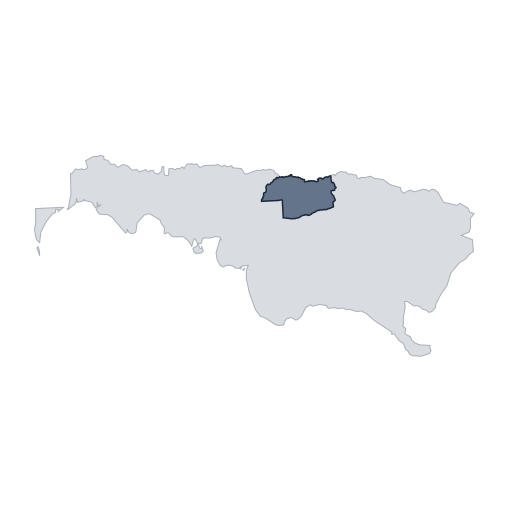 Mendoza on a map of Argentina (Natural Earth projection), rotated 87°
{"feature_id": "ARG-1275", "entity_name": "Mendoza", "entity_type": "Province", "adm_level": 1, "iso_a3": "ARG", "parent_name": "Argentina", "parent_adm1": "", "projection": "natural_earth1", "projection_center": [-68.979, -34.756], "detail": "fine", "context": "in_parent", "style": "filled", "palette": "slate", "viewbox_px": 512, "rotation_deg": 87, "n_neighbors": 0, "source": "natural_earth", "source_scale": "10m", "svg_char_len": 8871}
<svg xmlns="http://www.w3.org/2000/svg" viewBox="0 0 512 512"><g transform="rotate(87 256 256)"><path d="M319.3,148.7L316.3,154.2L316.8,157.8L313.9,166.3L314.6,168.0L312.3,172.1L312.9,176.4L311.7,180.7L312.1,186.0L311.1,187.6L309.2,188.0L307.7,195.4L309.1,202.5L307.6,203.9L310.1,209.1L318.0,213.6L321.9,218.2L321.9,220.1L319.7,223.0L319.4,225.4L320.5,228.7L322.5,230.7L326.3,232.0L326.6,236.6L325.9,239.6L318.3,250.1L316.5,254.7L309.5,259.4L291.7,264.7L277.9,266.8L270.1,266.4L264.9,264.2L265.2,270.1L267.8,271.9L266.4,272.0L267.5,273.1L266.8,277.9L265.1,278.8L263.8,282.9L263.8,286.3L265.3,289.2L263.6,292.1L257.6,295.0L250.6,295.7L237.6,291.1L238.1,290.3L237.5,290.0L235.3,291.0L234.4,295.0L235.7,301.1L235.2,306.4L236.0,308.2L240.6,310.2L240.3,312.4L241.8,312.6L245.2,312.1L245.7,310.4L243.9,309.7L248.5,308.3L250.2,310.6L250.2,316.1L249.4,317.5L245.8,318.5L244.8,318.3L242.8,314.4L241.1,313.6L236.0,315.7L235.4,316.9L242.8,319.7L237.3,322.6L232.9,327.7L232.6,337.0L231.6,339.6L228.5,342.0L228.0,343.8L229.0,344.9L228.6,346.6L222.9,346.0L218.7,348.9L215.0,349.9L208.1,360.3L209.1,365.4L216.5,372.8L226.0,374.8L227.1,377.2L226.7,380.2L225.5,381.9L222.1,383.5L225.0,383.5L226.3,385.0L209.3,398.2L207.0,402.0L206.0,409.9L204.6,411.5L201.2,413.1L198.8,411.4L197.0,408.5L197.1,410.9L193.9,411.8L197.7,411.9L199.5,413.8L194.3,416.7L192.8,419.3L192.1,422.9L190.1,425.0L191.6,424.5L193.1,431.6L189.0,432.1L194.0,433.3L199.7,441.4L199.2,442.0L199.0,441.1L184.1,437.5L164.0,437.0L164.2,435.9L159.6,431.6L160.5,428.5L159.8,425.8L160.7,423.5L160.0,420.5L158.3,419.6L151.9,421.2L148.2,413.3L148.4,409.1L147.3,406.3L148.4,402.9L151.7,402.7L152.7,399.0L156.9,396.1L156.9,392.5L159.4,390.6L160.0,388.8L157.7,384.2L159.4,379.2L163.8,375.4L163.4,370.5L165.9,368.2L164.0,361.7L166.5,359.0L165.2,357.5L165.2,354.1L167.7,353.2L169.2,349.5L166.7,346.2L162.0,345.2L161.8,343.5L170.1,343.4L171.2,340.7L170.6,339.1L164.3,338.4L164.3,334.7L165.7,332.4L164.4,330.1L164.9,327.9L163.2,324.7L164.8,323.2L160.6,320.0L160.6,314.5L161.5,313.1L160.9,310.2L164.7,307.5L162.9,302.2L163.2,292.1L162.6,289.4L164.9,285.3L163.7,282.6L165.4,280.5L164.7,275.4L166.6,274.9L168.0,266.0L172.8,263.4L173.8,261.6L170.4,250.4L170.7,246.1L170.0,244.2L170.8,241.7L170.0,238.1L171.5,233.8L174.8,232.0L175.0,230.6L178.5,227.6L178.3,220.4L176.8,216.7L178.5,215.3L179.6,209.8L182.2,204.0L184.4,203.0L183.9,196.3L184.7,190.3L181.8,189.2L182.5,185.0L181.4,183.9L180.8,179.4L178.9,175.5L178.8,173.7L179.9,172.5L177.7,171.0L176.2,167.3L176.6,163.9L176.9,161.6L179.2,160.0L178.8,158.3L180.7,151.4L183.1,151.0L184.3,148.6L183.0,147.3L183.4,143.1L182.3,137.1L184.5,134.2L186.4,124.9L191.7,118.3L195.4,108.0L198.2,107.8L201.2,105.5L198.2,98.8L200.2,94.5L198.1,85.6L198.8,82.2L200.5,80.3L198.5,76.9L199.2,74.1L202.0,70.9L212.1,66.1L216.0,52.2L214.0,49.8L219.4,41.7L223.3,40.3L225.0,36.1L230.0,40.1L238.8,40.2L243.1,41.8L246.2,49.9L250.9,39.1L263.0,38.7L265.4,42.7L270.0,47.0L273.2,53.0L283.1,62.3L295.8,66.9L303.6,73.2L312.7,78.5L317.2,79.7L320.7,83.4L321.4,86.2L319.3,88.4L317.7,92.6L315.2,94.9L314.1,97.6L314.1,100.9L309.2,107.7L309.3,110.1L314.2,109.6L325.9,112.2L331.5,112.2L333.3,113.3L336.5,110.2L341.4,111.5L344.8,106.0L348.1,105.0L351.6,101.2L353.4,96.6L354.4,86.8L356.3,87.4L359.6,86.1L362.5,88.0L364.7,96.3L363.9,104.3L362.4,107.5L358.8,109.3L356.9,111.6L351.2,113.3L348.0,117.5L341.0,122.1L341.3,124.5L339.1,124.3L327.0,140.8L319.3,148.7ZM197.1,473.6L197.3,445.8L201.2,451.2L199.3,450.9L198.7,453.5L202.0,454.1L203.5,457.4L210.5,463.5L220.8,469.6L231.2,471.4L228.2,474.4L218.0,475.9L212.0,474.3L197.1,473.6ZM235.3,473.3L238.4,472.2L244.5,472.0L236.4,474.3L235.3,473.3ZM269.4,268.7L269.2,269.9L267.4,268.0L269.4,268.7Z" fill="#d9dde1" stroke="#a8b0b8" stroke-width="1"/><path d="M182.6,190.5L182.3,189.7L182.2,189.5L181.8,189.2L181.6,189.0L181.5,188.8L181.5,188.5L181.7,187.8L181.7,187.5L181.6,187.3L181.5,187.0L181.6,186.8L181.7,186.6L182.1,186.5L182.2,186.4L182.3,186.2L182.4,185.6L182.5,185.4L182.7,185.0L182.7,184.9L182.6,184.7L182.3,184.6L182.1,184.5L181.8,184.1L181.2,183.4L181.0,183.0L180.7,181.6L180.7,181.3L180.7,181.0L180.8,180.9L181.1,180.8L181.2,180.7L181.0,180.4L180.9,180.1L181.0,179.9L180.9,179.6L180.8,179.3L180.6,179.2L180.2,178.9L180.0,178.5L180.0,177.5L179.9,177.3L180.0,177.2L181.7,177.0L182.1,177.0L182.4,177.1L182.9,177.2L185.0,176.7L186.3,176.6L186.5,176.5L186.6,176.4L186.7,176.2L186.8,176.1L186.8,175.9L186.7,175.1L186.8,175.1L186.8,174.9L186.9,174.7L187.0,174.7L187.8,174.4L188.1,174.3L188.2,174.2L188.5,174.0L188.7,173.8L189.0,173.8L189.6,173.8L190.2,173.9L190.4,173.8L190.5,173.8L190.6,173.7L190.8,173.2L191.1,173.0L191.3,172.9L191.5,172.6L191.9,172.5L192.1,172.6L192.3,172.8L192.7,173.4L192.9,173.6L193.0,173.8L193.2,174.0L193.4,174.1L193.7,174.2L194.3,174.0L194.5,174.1L194.7,177.5L194.8,177.6L197.0,177.6L197.6,177.3L199.5,175.9L199.9,175.6L200.1,175.3L200.2,175.2L200.3,175.1L201.6,175.0L201.9,175.0L202.2,174.8L202.7,174.4L202.8,174.3L204.0,174.0L204.4,174.0L204.8,174.3L205.1,174.6L205.2,174.8L205.3,175.2L205.4,175.4L205.8,175.6L206.0,175.7L206.1,175.8L206.4,176.2L206.5,176.3L207.5,176.5L207.7,176.4L207.8,176.4L208.0,176.3L208.4,176.3L209.1,176.1L209.8,176.1L210.1,176.1L210.4,176.0L211.3,176.6L211.3,177.2L211.6,178.4L211.8,178.6L212.0,178.7L212.0,178.9L212.1,179.0L212.1,179.3L212.2,179.5L212.3,180.0L212.4,180.4L212.5,180.6L212.5,180.8L212.7,181.9L212.8,182.1L213.0,182.3L213.2,182.6L213.2,182.8L213.3,183.0L213.4,183.3L213.2,183.7L213.2,184.1L213.3,184.8L213.3,185.1L213.1,185.2L213.0,185.4L213.1,185.8L213.4,186.3L213.4,186.5L213.3,186.9L213.3,187.0L213.4,187.3L213.5,188.5L213.4,189.6L213.5,189.9L213.6,190.1L213.6,190.6L213.8,191.2L213.9,191.4L213.8,192.0L213.8,192.3L213.9,192.6L215.0,194.4L215.2,194.7L215.3,194.8L215.4,195.3L215.6,196.0L215.8,196.4L216.1,197.3L216.1,197.6L216.2,197.8L216.4,197.9L216.8,198.2L217.0,198.4L217.1,198.6L217.3,198.8L217.4,199.4L217.5,199.6L217.8,199.9L217.9,200.1L218.0,200.5L218.2,200.8L218.2,201.0L218.1,201.4L218.1,202.1L218.0,202.4L217.9,202.6L217.7,202.5L217.5,202.8L217.4,203.0L217.4,203.5L217.5,204.6L217.6,204.8L217.4,205.1L217.5,205.3L217.8,205.7L217.9,206.8L218.1,207.7L218.2,208.0L218.7,208.8L220.0,211.4L220.3,212.4L220.3,212.6L220.2,213.3L220.2,213.5L220.4,214.0L220.5,214.4L220.7,214.8L220.7,215.0L220.7,215.3L220.5,216.0L220.7,216.3L220.7,216.6L220.6,216.9L220.7,217.7L220.7,218.0L220.6,218.8L220.5,220.0L220.5,220.3L220.1,221.0L220.0,222.4L219.5,224.5L219.4,225.5L219.3,226.1L219.3,226.3L219.4,226.7L219.4,226.8L214.6,226.8L201.8,226.8L201.6,226.9L201.4,227.0L201.3,227.9L201.3,228.5L201.4,228.9L201.7,230.5L201.7,237.9L201.7,247.6L199.8,247.4L199.6,247.2L199.4,247.0L199.1,246.3L199.0,246.1L198.7,246.1L198.0,246.1L197.9,246.0L197.7,245.9L197.2,245.9L196.9,245.7L196.5,245.2L196.3,245.1L194.9,245.3L194.3,245.2L193.8,245.0L193.4,244.8L193.2,244.3L193.0,243.3L192.7,242.9L192.0,242.6L191.5,242.5L190.8,242.2L190.4,242.2L188.5,242.5L187.9,242.5L187.4,242.4L186.9,242.2L186.1,241.7L185.7,241.3L184.9,240.3L184.9,240.1L185.1,239.8L185.2,239.6L185.2,239.2L185.2,238.9L185.1,238.3L185.0,238.1L184.8,238.0L184.6,237.9L184.3,237.8L183.9,237.4L183.7,237.2L183.6,236.7L183.5,236.4L183.3,236.2L183.0,235.9L182.7,235.7L182.5,235.4L182.3,235.1L182.1,235.0L182.1,234.9L181.3,234.7L181.1,234.6L181.0,234.4L180.7,233.9L180.4,233.1L180.4,232.8L180.1,231.9L179.9,231.7L179.7,231.6L179.4,231.8L179.2,231.8L179.0,231.7L178.9,231.5L178.8,231.1L178.7,230.9L178.7,230.7L178.8,230.4L178.9,230.2L179.0,230.2L179.0,229.6L179.0,229.4L178.9,229.3L178.9,229.1L178.7,228.9L178.3,228.6L178.2,228.5L178.3,228.3L178.4,227.9L178.5,227.8L178.7,227.6L178.7,227.4L178.7,227.2L178.4,226.4L178.4,226.2L178.5,225.9L178.7,225.7L178.4,225.5L178.3,225.0L179.0,224.3L178.9,223.9L178.8,223.6L178.3,222.2L178.2,222.0L178.4,221.5L178.4,221.2L178.3,220.7L178.4,220.1L178.3,219.9L178.1,219.8L178.0,219.5L177.7,218.7L177.7,218.4L177.8,218.3L178.0,218.3L178.2,218.1L178.0,217.8L177.7,217.6L177.2,217.5L176.7,217.4L176.5,216.8L176.9,216.2L178.6,215.6L178.8,214.7L178.8,213.7L179.0,212.7L179.8,210.7L179.7,210.5L179.6,210.4L179.4,210.2L179.3,209.9L179.6,209.8L179.8,209.7L180.0,209.3L180.1,208.3L180.3,207.8L180.5,207.6L181.0,207.2L181.1,206.9L181.4,206.2L181.5,205.9L182.0,205.5L182.1,205.3L182.1,205.0L182.1,204.6L182.1,204.2L182.1,203.9L182.3,203.7L182.9,203.6L183.1,203.6L183.3,203.6L183.7,203.8L183.8,203.7L184.6,203.2L184.5,202.8L184.3,202.2L184.2,202.0L184.1,201.8L184.1,201.7L184.2,201.4L184.3,200.4L184.3,199.7L184.2,199.4L183.8,199.4L183.7,199.4L183.8,199.0L183.9,198.5L183.9,198.2L183.7,197.2L183.7,196.9L183.8,196.7L184.1,196.4L184.3,196.3L184.3,196.1L184.0,195.6L183.9,195.4L183.9,195.2L184.1,194.4L184.1,194.2L184.1,193.9L184.4,193.7L184.5,193.7L184.5,192.9L184.6,192.7L185.0,192.1L185.1,191.9L185.0,191.6L184.8,191.1L184.8,190.4L184.5,190.1L184.1,189.9L183.8,189.7L183.4,189.8L182.9,190.5L182.6,190.5Z" fill="#64748b" stroke="#1e293b" stroke-width="1.5"/></g></svg>